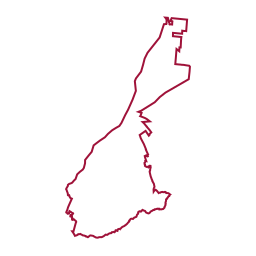 Bolotesti, Vrancea, Romania (Equal Earth projection), rotated 264°
{"feature_id": "2599482B57292828347042", "entity_name": "Bolotesti", "entity_type": "district", "adm_level": 2, "iso_a3": "ROU", "parent_name": "Romania", "parent_adm1": "Vrancea", "projection": "equal_earth", "projection_center": [27.03, 45.838], "detail": "fine", "context": "isolated", "style": "outline", "palette": "rose", "viewbox_px": 256, "rotation_deg": 264, "n_neighbors": 0, "source": "geoboundaries", "source_scale": "gbopen_adm2", "svg_char_len": 5443}
<svg xmlns="http://www.w3.org/2000/svg" viewBox="0 0 256 256"><g transform="rotate(264 128 128)"><path d="M229.6,198.1L232.7,182.9L231.9,182.4L230.9,181.9L229.9,181.5L229.6,183.2L229.5,183.3L229.3,183.2L226.3,182.7L226.7,180.7L226.6,180.3L226.7,180.2L227.0,180.4L228.9,179.8L230.8,179.6L233.4,179.2L233.9,176.6L232.8,177.3L231.5,177.6L230.1,177.6L229.7,177.4L228.4,177.3L227.8,177.2L227.4,177.0L227.5,174.6L214.7,168.9L200.8,155.3L195.3,151.8L189.3,149.6L182.7,146.9L176.5,141.1L173.9,139.7L164.1,139.7L155.7,135.5L146.2,130.0L141.2,126.6L133.7,122.0L130.9,119.6L129.4,116.1L127.4,112.0L124.2,107.4L121.2,104.1L118.5,98.9L116.1,94.9L114.3,92.0L108.1,89.4L104.8,86.0L100.7,82.0L97.4,81.6L92.9,79.9L91.4,78.7L89.4,75.5L87.2,72.6L82.7,70.5L81.4,68.8L79.4,66.7L78.9,65.3L78.6,63.7L78.1,62.9L77.7,62.3L76.6,62.1L74.9,60.8L74.0,60.2L73.4,60.1L72.7,60.5L71.4,60.7L70.2,61.1L68.7,61.3L67.6,61.2L67.4,61.3L67.2,61.9L67.1,62.0L67.2,62.5L65.6,62.8L64.1,63.6L63.9,63.9L63.9,64.3L63.6,64.8L57.2,61.1L55.2,60.0L53.2,59.2L50.9,57.9L50.8,58.1L50.7,58.2L50.2,58.1L50.0,58.5L49.6,58.7L49.3,58.8L49.0,59.1L49.0,59.3L49.1,59.8L49.1,60.2L49.2,60.4L49.9,60.5L50.0,60.7L50.6,60.7L50.9,60.9L51.4,61.0L51.5,61.1L50.7,62.1L50.6,62.3L49.5,63.4L49.2,63.8L49.2,64.1L49.0,64.4L48.8,64.5L48.4,64.2L47.5,63.4L47.3,63.3L47.1,63.1L47.1,62.9L47.5,62.2L47.5,61.9L47.0,61.6L46.1,61.4L45.6,62.5L45.5,63.0L43.5,62.8L43.4,63.0L43.5,63.3L43.3,63.3L42.9,63.2L42.6,63.0L42.4,63.3L42.4,63.5L42.5,63.6L42.9,64.0L43.0,64.3L42.9,64.5L42.7,64.6L42.6,64.9L42.3,65.1L41.7,65.6L41.1,66.3L40.6,66.6L40.0,66.7L39.2,66.2L31.0,63.0L31.1,61.7L28.9,62.9L26.3,64.0L26.5,64.5L26.5,65.1L26.7,65.9L27.1,66.9L27.4,67.0L27.5,67.4L27.6,67.7L27.5,69.2L27.6,69.6L27.2,70.0L26.6,71.0L25.8,72.1L25.8,72.5L25.7,73.0L25.2,73.9L25.1,74.4L24.5,74.8L24.5,75.4L24.2,75.7L24.1,76.0L23.7,76.3L23.6,76.8L25.0,78.9L25.1,79.5L24.5,81.6L24.2,82.4L23.7,82.8L22.4,84.8L22.1,86.2L22.1,86.7L22.4,87.6L22.4,88.3L22.4,88.9L22.2,90.1L22.3,90.8L23.0,92.6L24.3,94.6L23.9,96.0L24.0,96.5L24.5,97.1L24.9,97.9L25.2,98.9L25.2,100.3L25.8,100.8L25.8,101.1L26.1,101.3L26.0,102.3L26.2,103.1L26.1,103.3L26.2,103.7L26.2,103.9L26.0,104.0L26.5,104.5L27.5,104.9L27.6,105.0L27.6,105.3L27.5,105.6L27.0,106.2L26.8,106.7L27.6,106.9L27.9,107.0L28.2,107.3L28.2,107.6L28.4,107.7L28.6,108.5L28.6,108.8L28.4,109.2L28.5,109.2L28.6,109.5L28.7,109.9L28.8,110.3L29.7,111.2L30.3,112.2L30.8,113.8L31.0,114.3L31.4,114.7L31.6,115.4L32.4,116.4L32.6,116.8L33.1,117.4L34.1,118.3L34.3,118.8L34.6,119.1L35.5,119.4L35.4,119.7L35.7,120.0L36.3,120.2L36.9,120.7L37.3,121.2L37.4,121.7L37.4,122.5L37.0,123.4L37.1,123.6L37.7,124.2L38.2,124.8L38.8,127.0L39.1,127.2L39.8,127.5L40.4,127.7L41.0,128.1L41.7,129.1L42.0,129.2L42.6,129.2L43.2,129.3L44.0,130.6L43.9,130.9L43.7,131.1L43.6,131.4L43.6,131.9L43.6,132.4L43.9,132.7L44.4,132.8L44.6,133.1L44.6,133.4L44.7,133.7L45.0,134.0L44.5,134.7L44.2,135.1L43.8,136.2L43.5,136.4L43.1,136.6L42.2,137.0L41.2,138.6L41.1,139.2L40.9,139.6L41.1,140.2L41.8,141.2L42.2,141.4L42.6,141.9L42.8,142.4L43.0,142.7L43.1,143.1L43.1,143.4L43.2,143.6L43.6,144.1L43.9,144.7L43.7,145.2L43.7,145.4L44.4,146.3L44.2,146.7L44.5,147.7L44.6,148.0L44.5,149.0L44.7,149.3L44.5,149.9L44.5,150.0L44.4,150.2L44.4,150.5L44.2,150.5L44.0,150.4L43.8,150.5L43.9,150.8L43.7,151.2L43.8,151.9L43.6,152.5L43.6,152.8L43.8,153.6L43.7,154.1L43.8,154.6L44.1,154.9L44.6,155.4L44.8,155.8L45.3,156.1L45.8,156.1L47.1,157.1L48.0,157.2L48.2,157.3L48.6,157.6L49.0,157.4L49.6,157.4L49.9,157.6L50.5,157.7L50.6,157.8L51.4,158.2L51.6,158.2L52.2,158.3L53.0,158.4L53.3,158.7L53.5,159.0L53.5,159.4L53.9,159.7L54.4,159.8L54.6,160.1L54.9,160.4L55.2,160.7L55.6,160.9L55.9,161.2L56.0,161.4L56.0,161.9L56.2,162.1L56.8,162.2L57.1,162.6L57.4,162.7L57.5,162.9L58.0,162.3L58.5,161.9L59.0,161.2L59.2,160.3L59.3,159.2L60.3,158.8L60.5,158.5L60.6,158.2L60.6,157.8L60.4,157.6L60.4,157.1L60.5,156.5L60.5,156.2L60.8,155.8L60.8,154.6L60.7,154.0L60.5,153.7L60.3,153.3L60.3,153.1L60.4,152.6L60.4,152.4L60.3,152.1L60.1,151.7L61.1,151.1L62.6,150.1L63.7,149.0L62.8,147.5L62.1,146.9L64.2,147.0L64.8,147.2L65.4,147.4L66.7,148.2L69.8,147.9L71.6,147.1L72.6,146.7L72.7,146.8L73.1,146.6L73.6,146.6L75.0,146.1L76.1,145.9L77.5,145.5L81.6,145.0L82.7,145.0L83.1,145.4L83.3,145.5L84.5,145.7L85.9,146.2L87.2,145.7L87.3,146.0L87.2,146.4L88.0,146.4L88.1,146.0L88.2,145.4L88.0,145.2L87.9,145.0L87.7,145.0L87.2,145.2L87.0,144.8L86.7,144.2L87.4,143.9L87.4,142.9L87.3,142.6L87.6,142.1L88.1,141.3L88.4,141.1L88.6,140.9L89.2,141.1L89.6,141.1L89.6,140.9L90.4,140.7L91.2,140.8L91.5,140.7L92.6,141.9L92.9,142.0L93.5,141.7L93.9,142.3L93.7,142.6L95.5,142.2L96.4,142.0L97.4,141.8L97.5,142.0L98.4,141.8L98.6,142.4L98.4,142.5L98.7,143.0L98.1,143.2L98.1,144.2L97.7,144.6L97.8,144.8L99.0,144.4L99.5,145.2L104.6,143.5L104.8,143.7L110.3,142.1L115.8,139.9L117.0,139.5L118.2,139.3L119.8,138.9L123.3,145.2L118.2,147.9L118.9,148.7L119.4,148.8L119.7,148.8L120.4,149.6L121.2,150.7L124.0,149.1L127.4,146.7L127.5,146.8L130.0,145.0L130.4,144.9L132.4,143.2L132.3,150.4L134.8,147.8L136.1,146.0L138.5,141.4L138.7,141.6L141.6,143.1L143.0,140.1L143.8,142.9L150.8,157.3L155.5,162.9L159.3,169.0L170.2,193.5L177.6,195.1L182.5,196.0L183.5,195.4L184.4,191.9L185.0,189.9L185.2,188.2L185.5,187.2L185.8,185.6L186.6,181.7L193.8,183.1L201.5,184.5L199.0,187.0L202.8,187.6L202.6,188.8L208.9,189.8L211.3,190.2L212.9,190.6L214.6,182.3L217.9,182.7L216.1,191.7L219.1,192.1L218.6,194.0L218.5,195.4L218.3,196.0L229.6,198.1Z" fill="none" stroke="#9f1239" stroke-width="2"/></g></svg>